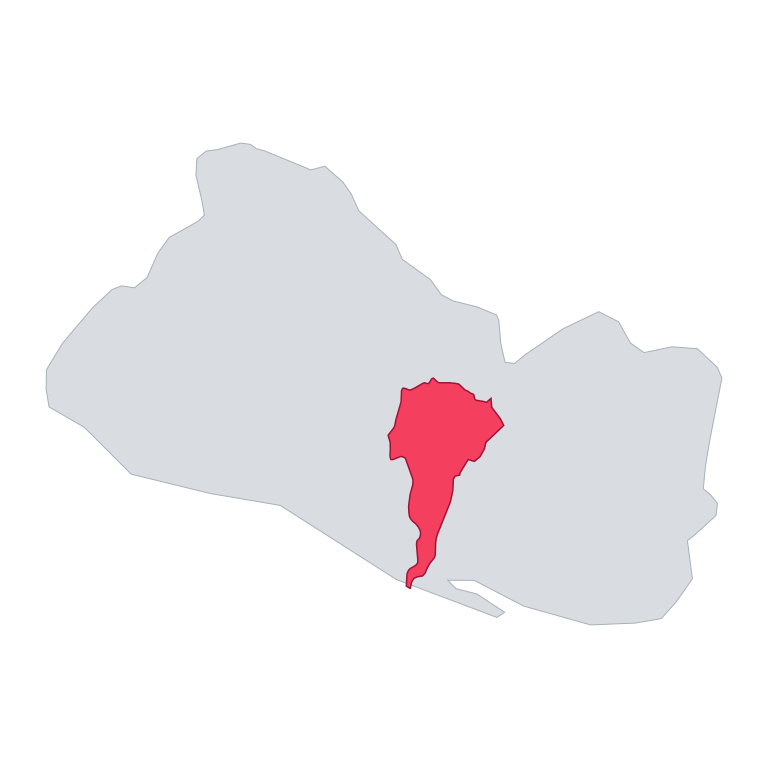 San Vicente on a map of El Salvador (Equal Earth projection)
{"feature_id": "SLV-1353", "entity_name": "San Vicente", "entity_type": "Department", "adm_level": 1, "iso_a3": "SLV", "parent_name": "El Salvador", "parent_adm1": "", "projection": "equal_earth", "projection_center": [-88.756, 13.536], "detail": "fine", "context": "in_parent", "style": "filled", "palette": "rose", "viewbox_px": 768, "rotation_deg": 0, "n_neighbors": 0, "source": "natural_earth", "source_scale": "10m", "svg_char_len": 2744}
<svg xmlns="http://www.w3.org/2000/svg" viewBox="0 0 768 768"><path d="M256.5,148.8L263.6,150.5L310.8,169.9L324.8,166.2L342.7,181.8L351.2,194.0L358.8,210.8L396.0,244.6L402.3,259.4L430.2,279.4L441.4,294.7L453.3,301.0L476.6,306.8L496.5,314.9L498.8,320.5L500.7,343.1L505.0,362.3L514.5,363.5L525.9,354.2L563.3,328.6L598.7,311.7L618.6,321.8L630.5,343.1L644.0,352.6L671.9,346.8L697.3,348.7L717.3,367.3L721.9,378.1L709.8,440.0L705.4,466.5L703.3,488.9L710.5,494.7L717.5,503.5L716.0,515.5L694.2,535.4L687.4,540.5L692.4,578.8L676.2,601.9L661.3,618.6L635.1,623.1L590.6,624.9L523.6,606.1L474.3,580.4L447.6,580.2L456.1,588.7L477.1,594.1L504.7,612.3L496.8,617.4L396.3,579.5L280.2,505.4L210.7,493.6L131.2,474.2L84.3,427.3L49.1,407.0L46.1,389.4L46.5,369.7L62.5,343.3L92.4,307.9L112.2,289.5L121.4,285.9L134.5,287.8L147.0,277.6L157.9,253.1L169.2,237.4L197.7,221.5L204.3,215.2L202.1,201.5L195.9,175.0L196.9,158.6L206.2,151.1L217.4,149.6L240.6,143.1L250.6,144.4L256.5,148.8Z" fill="#d9dde1" stroke="#a8b0b8" stroke-width="1"/><path d="M410.6,588.7L406.3,586.1L407.0,574.6L407.2,573.5L407.5,572.5L407.9,571.6L408.3,570.8L408.7,570.1L409.8,568.9L411.1,568.0L413.2,566.9L415.8,565.2L416.4,564.6L416.9,563.9L417.4,563.2L417.7,562.4L417.8,560.2L416.5,544.7L416.6,543.5L416.7,542.3L416.9,541.3L417.3,540.5L417.8,539.9L419.5,538.1L419.8,537.3L420.1,536.4L420.5,534.2L420.6,533.0L420.3,531.4L419.7,529.5L417.8,526.3L415.8,523.9L413.4,521.9L411.6,520.1L409.8,517.4L409.4,515.9L409.0,513.7L408.6,507.1L408.7,505.3L409.8,497.0L409.8,496.9L409.8,496.3L410.0,495.1L410.3,494.2L410.4,493.3L412.6,485.5L412.9,483.3L413.0,480.9L412.9,479.8L412.7,478.7L405.7,459.2L405.0,457.9L402.7,456.8L401.4,456.6L400.3,456.6L393.5,459.4L392.6,459.6L391.7,459.6L390.8,459.5L390.3,457.9L390.0,455.3L390.3,448.9L390.2,442.6L388.1,435.2L393.6,428.1L394.3,426.8L394.9,425.0L395.9,419.7L401.1,401.7L401.5,390.8L402.0,389.6L402.8,388.2L404.6,388.3L406.2,388.8L409.2,390.1L411.1,389.7L413.9,388.5L422.7,383.4L424.5,382.8L426.5,383.4L428.2,383.6L429.2,382.8L430.1,381.5L431.5,379.0L432.6,378.3L433.5,378.2L437.6,382.1L438.9,382.6L440.9,382.8L449.9,382.7L451.8,383.1L455.7,383.4L458.8,384.1L459.4,384.6L464.6,389.6L465.3,390.1L468.3,391.4L470.2,392.9L470.9,393.3L472.8,394.0L473.6,394.5L474.0,395.4L474.4,397.5L474.6,398.4L475.0,399.2L475.5,399.9L476.6,400.3L483.7,401.5L486.4,402.4L491.0,398.4L491.7,407.3L500.4,418.8L503.7,425.4L485.9,442.4L484.3,449.1L480.1,456.6L474.4,461.4L468.2,459.5L460.1,472.7L459.7,475.1L455.1,476.1L453.4,479.1L452.8,490.7L450.4,501.9L437.5,534.1L436.3,538.1L435.6,543.0L435.3,554.8L434.6,557.4L429.6,563.7L426.9,568.8L425.2,573.0L422.6,575.9L417.0,576.9L413.7,578.6L411.5,582.4L410.4,587.8L410.4,588.5L410.6,588.7Z" fill="#f43f5e" stroke="#9f1239" stroke-width="1.5"/></svg>